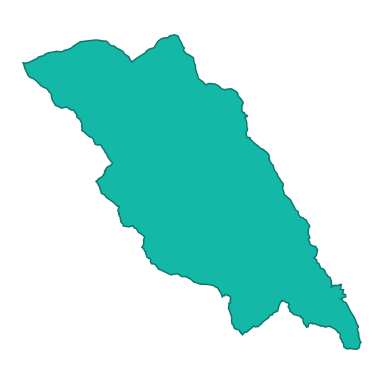 Baile Olanesti, Vâlcea, Romania
{"feature_id": "2599482B90151586146319", "entity_name": "Baile Olanesti", "entity_type": "district", "adm_level": 2, "iso_a3": "ROU", "parent_name": "Romania", "parent_adm1": "Vâlcea", "projection": "mercator", "projection_center": [24.186, 45.236], "detail": "fine", "context": "isolated", "style": "filled", "palette": "teal", "viewbox_px": 384, "rotation_deg": 0, "n_neighbors": 0, "source": "geoboundaries", "source_scale": "gbopen_adm2", "svg_char_len": 5962}
<svg xmlns="http://www.w3.org/2000/svg" viewBox="0 0 384 384"><path d="M343.3,342.8L343.9,347.0L345.0,347.5L345.9,348.5L348.9,348.9L350.6,348.2L352.1,348.9L356.7,349.2L357.7,348.9L359.3,347.4L359.9,343.7L361.0,342.3L359.8,340.5L359.5,338.6L358.9,337.6L358.8,335.4L358.2,334.7L358.7,334.1L358.7,333.1L357.1,329.3L358.1,327.6L358.4,326.2L356.7,324.1L356.7,323.5L354.4,317.8L349.7,310.0L346.5,303.5L345.6,302.4L343.5,301.6L342.0,299.9L340.0,298.5L342.1,298.8L343.0,297.6L345.9,296.8L345.5,294.7L342.5,293.6L343.2,291.6L343.5,289.6L342.3,289.6L340.3,289.0L341.5,284.6L340.9,284.4L339.6,284.6L338.0,285.7L335.2,285.2L332.7,286.1L331.3,287.2L331.3,286.1L331.9,284.7L331.0,282.5L331.4,281.4L330.1,277.6L329.6,277.0L327.9,276.6L327.4,275.3L325.5,273.2L324.9,270.6L323.5,269.1L320.2,267.9L320.1,266.5L318.9,263.5L316.8,262.7L316.9,261.4L316.6,260.8L316.6,259.8L313.9,257.8L315.3,256.8L316.5,255.1L317.6,249.4L316.8,248.7L316.5,248.0L315.7,247.2L315.6,246.4L314.5,246.5L311.3,245.2L309.9,244.0L309.7,242.0L308.5,239.9L308.6,239.2L309.9,237.9L308.1,233.3L308.6,228.6L309.7,226.3L309.3,225.2L307.1,222.3L306.3,220.0L305.3,219.9L303.2,217.9L301.6,217.5L300.1,216.7L298.7,214.9L298.1,211.7L295.3,209.6L294.3,206.9L293.6,206.1L293.3,204.9L291.7,202.7L291.5,201.7L290.3,199.6L284.3,194.5L283.5,190.6L282.4,188.8L283.3,185.1L283.0,183.3L281.2,181.3L279.4,178.2L278.2,176.8L277.5,175.3L277.3,174.1L274.5,170.4L273.9,168.7L273.2,165.4L271.6,163.8L269.1,159.9L269.0,159.4L269.6,159.0L269.5,158.1L268.9,157.5L269.3,156.1L268.4,154.1L266.1,151.7L264.5,150.9L263.6,149.6L260.6,148.4L257.6,145.6L254.9,143.6L250.5,139.5L250.0,137.7L248.4,137.4L247.6,137.8L247.1,137.4L246.3,135.1L246.2,132.3L247.2,130.6L247.6,129.1L246.9,127.3L246.7,122.4L246.0,119.9L244.9,117.3L247.4,116.4L247.4,115.8L244.7,114.1L244.5,112.8L242.4,111.9L241.8,111.0L241.9,108.2L241.7,106.7L243.3,102.6L240.7,98.6L238.8,96.9L237.6,94.3L237.8,93.7L237.4,92.7L235.1,90.9L231.4,88.8L227.4,89.1L225.6,89.8L224.4,89.4L222.4,89.3L218.2,85.6L215.0,84.1L209.4,83.4L205.9,84.6L205.1,84.6L203.0,81.8L198.5,78.7L197.3,74.4L196.6,72.7L196.4,71.3L195.6,69.7L195.4,65.1L194.1,62.5L193.4,57.8L188.7,54.6L186.9,54.2L183.6,50.8L183.6,49.8L184.3,48.0L182.6,46.0L181.3,42.8L178.8,38.1L178.4,36.3L174.8,34.8L173.7,34.9L172.6,35.4L170.0,35.7L167.8,37.7L162.7,38.2L160.3,39.5L157.8,41.5L156.1,44.1L154.4,47.6L149.2,49.1L146.6,50.9L145.6,52.6L136.7,58.3L131.7,62.0L130.2,59.8L128.6,56.6L124.3,54.0L123.6,52.1L122.1,50.9L116.2,47.8L114.2,46.1L110.3,45.4L108.1,42.7L106.5,41.2L102.4,40.9L98.0,40.1L95.2,40.0L80.3,41.8L73.6,46.0L71.3,48.1L68.3,49.4L64.4,50.4L62.0,51.8L56.2,51.3L54.8,51.8L48.9,52.7L45.9,53.8L42.8,56.0L40.3,56.4L38.4,57.1L36.9,58.6L28.4,62.6L25.1,63.1L23.0,62.8L24.0,65.0L24.7,68.0L25.3,69.3L28.0,75.2L29.5,77.0L34.2,79.1L37.0,81.5L40.5,85.3L43.5,87.3L46.8,88.5L49.2,92.0L51.1,93.7L51.5,94.3L51.3,95.3L51.5,97.0L52.1,99.4L53.4,102.1L54.7,103.7L55.2,105.2L59.9,107.2L60.7,107.9L62.2,108.1L66.0,107.1L67.8,107.7L68.7,108.5L71.4,110.1L73.7,110.2L75.3,112.7L76.6,114.1L76.8,116.3L77.2,117.5L78.4,118.5L79.5,118.8L81.8,123.3L82.1,124.7L81.6,125.8L82.1,128.4L81.8,129.9L81.9,130.6L84.3,132.1L89.1,136.5L92.0,137.7L92.7,138.3L93.3,139.4L94.2,142.0L94.8,142.7L94.9,143.9L95.3,144.3L98.3,145.1L100.1,144.7L101.3,145.6L102.4,147.9L103.3,148.7L105.1,152.2L106.3,153.5L107.7,156.9L110.9,161.3L112.0,162.2L112.3,163.3L111.7,164.5L110.8,165.0L110.3,165.7L107.7,166.7L106.2,168.3L106.1,169.1L105.5,169.7L105.7,170.1L105.1,170.5L105.2,171.3L104.6,171.3L105.1,172.5L104.4,173.0L104.4,173.7L103.7,174.2L103.4,174.8L103.5,175.4L102.7,175.8L102.2,176.8L101.3,177.1L99.6,178.4L99.5,178.2L98.8,178.5L97.9,179.8L96.0,181.3L96.9,182.3L99.3,186.4L101.4,193.3L104.8,195.1L106.4,197.4L113.7,202.5L116.2,205.1L117.6,206.2L119.0,206.5L118.7,208.0L117.9,210.3L118.0,211.2L118.7,212.1L118.7,213.0L119.3,213.2L118.6,214.1L119.3,215.1L119.5,216.0L120.5,217.8L120.3,219.1L121.2,220.8L120.8,221.6L120.9,222.1L123.0,224.1L123.4,226.1L127.6,226.6L128.3,226.9L132.9,225.8L133.6,226.7L134.0,227.8L136.7,228.8L137.4,230.7L138.9,232.7L141.1,233.7L144.5,236.7L144.7,237.6L143.9,238.8L143.6,239.9L143.8,243.4L142.9,245.9L141.9,247.3L143.8,248.9L144.6,251.1L145.9,252.2L145.8,253.6L146.7,255.8L146.7,256.8L148.2,258.1L150.3,258.8L150.7,260.1L150.4,261.7L151.4,263.7L154.1,264.0L155.5,264.7L156.6,266.5L157.4,266.6L157.8,268.1L158.5,269.2L161.3,270.2L170.7,274.8L172.6,274.6L173.7,274.0L175.0,274.1L177.2,273.6L179.7,275.0L181.6,276.6L185.3,276.6L187.9,277.4L188.9,278.5L190.6,278.9L194.2,282.4L195.6,282.4L200.1,284.1L207.8,284.5L213.2,285.3L215.0,286.7L217.5,287.7L221.1,293.5L222.2,296.9L223.1,295.9L224.5,295.7L224.3,295.2L225.1,294.4L230.4,296.4L230.3,297.9L230.7,298.5L230.7,299.9L230.2,300.0L230.1,301.4L230.5,303.0L228.9,303.3L229.1,304.8L228.4,308.2L229.9,311.5L231.7,317.5L231.5,320.9L231.9,322.7L232.0,324.0L232.8,324.3L233.0,325.0L233.5,325.3L234.2,328.1L234.9,328.7L237.0,329.5L239.1,329.9L239.6,330.7L239.7,331.7L240.7,332.0L240.7,332.8L241.4,333.8L241.9,333.8L242.6,334.8L244.2,332.6L246.9,331.9L254.0,326.0L255.5,327.0L256.9,326.5L257.9,326.8L259.3,325.4L260.8,324.4L262.7,322.1L265.6,319.8L266.0,319.1L267.0,319.0L268.1,318.3L270.3,314.8L270.9,314.7L271.6,315.1L272.6,314.7L273.2,313.0L273.7,312.6L276.4,311.7L277.6,311.0L278.6,307.5L278.9,305.6L279.9,303.8L280.3,302.5L281.9,301.0L281.8,300.7L282.1,300.4L282.3,300.6L282.3,300.2L284.7,301.4L286.0,302.5L288.2,302.9L289.1,304.6L288.4,305.7L288.3,307.4L289.8,309.4L289.8,311.0L290.0,311.5L292.0,312.5L292.8,313.8L294.1,314.5L300.9,316.4L300.6,317.2L303.0,318.9L303.1,321.1L303.9,323.7L305.8,325.2L305.5,325.7L306.6,327.2L308.2,326.7L308.4,324.6L308.9,323.8L311.6,322.7L312.1,323.1L312.3,323.8L314.6,323.6L320.3,325.9L320.8,325.8L321.0,326.2L322.5,325.9L323.9,326.6L325.1,326.6L325.1,326.9L325.4,327.1L329.1,326.1L335.1,329.0L337.5,331.6L337.9,332.5L339.8,333.2L340.1,333.7L340.3,335.6L340.0,337.8L342.0,340.6L341.9,341.0L342.5,342.4L343.3,342.8Z" fill="#14b8a6" stroke="#0f766e" stroke-width="1.5"/></svg>